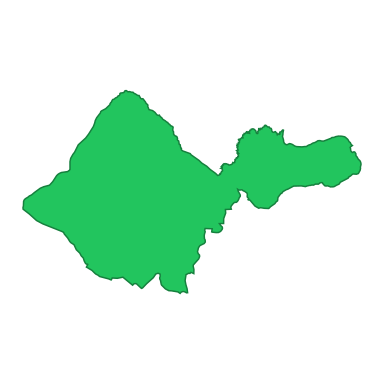 the district of Guachucal, Nariño, Colombia
{"feature_id": "7082276B62012861578772", "entity_name": "Guachucal", "entity_type": "district", "adm_level": 2, "iso_a3": "COL", "parent_name": "Colombia", "parent_adm1": "Nariño", "projection": "orthographic", "projection_center": [-77.704, 0.975], "detail": "fine", "context": "isolated", "style": "filled", "palette": "green", "viewbox_px": 384, "rotation_deg": 0, "n_neighbors": 0, "source": "geoboundaries", "source_scale": "gbopen_adm2", "svg_char_len": 6048}
<svg xmlns="http://www.w3.org/2000/svg" viewBox="0 0 384 384"><path d="M187.6,292.7L187.1,288.8L185.9,284.7L185.1,280.6L186.0,274.7L188.5,273.3L190.0,273.4L190.8,272.4L191.7,272.6L193.8,273.6L193.9,269.5L193.2,266.2L193.3,265.0L198.7,258.9L199.6,256.6L199.5,255.1L198.2,253.6L197.5,251.7L198.5,247.7L199.9,245.6L204.2,243.5L205.3,242.0L205.1,239.9L204.3,238.3L204.4,237.1L204.2,236.1L204.5,234.0L205.2,231.8L204.7,230.4L205.1,228.5L212.2,228.8L211.7,231.9L212.7,232.2L216.3,232.6L218.5,232.5L220.6,231.4L222.1,229.5L222.5,228.1L222.2,226.9L220.7,225.5L219.4,223.6L223.6,223.5L223.7,218.6L225.7,213.0L225.4,209.5L231.3,209.2L230.8,207.4L231.2,206.1L232.8,204.0L234.1,202.7L234.7,202.4L236.3,202.3L237.4,201.5L238.6,199.5L239.2,197.8L240.2,196.4L240.3,195.6L240.1,194.6L238.3,191.4L237.7,189.3L238.5,189.8L239.7,190.1L241.5,189.8L242.3,190.0L243.2,190.8L244.6,191.3L246.9,193.0L247.3,194.0L247.2,196.9L248.7,198.7L248.7,199.1L248.1,199.7L248.6,200.0L249.6,200.0L250.2,200.4L255.0,206.1L258.7,208.2L260.6,207.7L264.4,208.3L268.5,208.5L269.2,208.1L270.5,206.7L274.8,203.7L276.2,201.8L277.5,200.9L277.7,200.0L277.9,197.5L280.9,193.5L281.7,193.4L282.9,191.7L286.2,189.7L287.8,189.2L293.6,186.1L301.3,185.9L305.4,186.6L307.0,186.0L309.7,185.4L310.7,185.4L311.7,185.0L313.6,185.1L315.4,184.1L318.5,184.1L320.0,182.9L321.6,182.6L322.3,182.7L323.4,184.4L325.0,185.9L326.2,186.0L327.7,185.8L330.5,186.9L333.4,186.8L334.4,186.5L336.6,185.2L338.9,184.2L339.5,183.6L340.2,182.3L348.2,178.1L348.8,177.0L350.6,175.9L352.5,174.2L353.3,174.0L356.5,174.2L358.4,173.5L360.1,170.4L360.5,168.6L360.4,167.0L361.0,164.6L360.9,163.1L360.3,161.3L359.8,160.6L358.2,159.1L357.1,157.0L355.9,155.6L355.9,153.8L354.9,152.2L354.0,151.8L352.3,152.5L351.0,151.2L350.7,150.4L350.5,148.3L350.1,147.6L350.6,146.8L352.4,145.5L351.2,144.6L350.3,142.6L349.0,141.6L348.4,140.3L347.6,139.2L345.2,137.1L344.3,136.7L341.6,136.2L338.5,136.1L335.8,136.6L334.0,137.4L332.0,137.5L330.7,138.4L323.6,141.1L321.9,141.1L320.0,140.6L318.0,140.7L315.2,142.4L312.6,143.2L310.8,144.4L308.4,145.2L306.2,146.6L305.0,146.5L301.9,146.9L296.6,146.6L294.7,146.0L292.5,144.5L290.7,143.8L289.4,143.6L287.4,144.6L286.6,144.7L285.5,144.3L284.3,143.2L283.7,141.9L283.5,139.9L282.5,136.5L282.9,134.5L283.0,132.7L283.5,130.2L283.2,130.0L282.6,130.0L281.1,131.8L279.8,132.1L279.6,132.6L280.0,133.9L279.6,134.4L278.3,133.9L277.3,134.8L276.9,133.1L276.0,132.6L275.5,131.7L275.1,131.7L273.7,132.3L272.5,132.0L271.7,130.7L271.6,129.3L271.1,128.4L269.7,128.0L269.2,127.0L267.6,126.9L266.0,125.4L265.1,125.2L264.8,125.5L264.9,126.0L264.2,126.1L264.0,126.9L262.5,127.5L261.8,128.9L260.8,128.4L260.3,129.6L260.0,129.8L259.1,128.5L258.7,128.6L258.6,130.5L257.8,131.5L257.9,133.0L257.7,133.5L257.1,133.6L256.4,133.1L255.8,130.8L253.9,129.1L252.8,128.8L251.9,129.2L251.3,129.1L250.8,130.1L249.9,130.3L249.7,131.3L248.9,131.6L248.7,132.0L248.7,132.5L249.7,133.0L249.7,133.4L248.5,133.1L248.1,132.4L247.5,133.1L247.2,133.1L246.9,132.7L247.0,131.7L246.6,131.7L245.3,133.5L244.1,133.5L243.8,134.8L242.8,135.0L242.6,137.0L243.0,137.8L242.5,137.9L242.0,137.4L240.5,138.9L238.5,139.4L238.4,139.7L238.6,140.0L239.5,139.6L239.9,140.0L239.2,140.8L239.5,141.9L239.3,142.4L238.4,142.5L238.7,143.7L237.4,144.1L237.9,144.9L236.8,145.3L237.0,146.0L237.9,146.5L237.8,146.8L237.1,147.0L237.0,147.4L237.7,148.2L237.5,149.0L238.2,149.9L236.8,150.6L237.7,151.0L237.3,151.7L238.1,152.7L237.9,153.0L237.2,152.7L237.0,153.0L237.5,153.6L238.6,153.7L238.0,154.6L238.5,156.0L238.4,156.6L237.7,156.7L237.3,157.9L236.4,157.8L236.1,158.8L235.0,159.5L235.3,160.4L234.8,161.0L234.7,162.5L233.8,162.8L232.9,162.4L232.0,164.2L231.5,164.5L229.0,165.1L228.3,164.4L227.6,164.4L226.7,163.8L225.6,163.9L225.1,163.6L224.5,163.9L224.0,163.7L223.1,164.4L222.9,164.6L223.2,165.1L222.3,165.4L221.6,166.2L222.4,166.8L222.3,167.1L221.5,167.1L222.0,167.9L221.0,168.3L222.2,168.8L222.5,170.8L221.4,171.8L220.4,174.1L219.9,173.8L219.4,174.9L217.7,175.5L215.6,173.4L210.1,169.4L206.7,166.2L201.8,163.1L199.0,160.4L191.2,154.9L190.2,153.6L182.9,151.0L181.6,150.2L181.4,149.8L181.5,149.0L181.1,148.6L181.3,148.2L180.6,147.4L180.2,144.8L179.2,144.2L178.7,141.0L177.8,140.4L177.3,139.7L177.5,138.3L176.9,136.7L176.5,136.3L175.6,136.2L173.7,134.5L173.5,131.7L172.7,130.3L173.1,127.1L171.8,126.1L170.6,125.7L169.8,124.5L168.4,123.6L167.7,122.4L166.7,122.1L165.4,120.9L162.7,119.2L161.9,117.9L160.1,116.4L159.4,115.1L158.2,115.4L157.6,115.2L156.7,114.6L155.0,112.4L152.6,110.6L149.0,109.6L147.7,106.3L147.9,105.3L147.6,104.6L146.1,103.4L145.6,102.2L143.1,98.9L142.7,98.7L141.7,98.9L140.6,98.3L139.1,95.5L138.0,95.5L137.2,95.1L135.4,93.9L134.3,93.5L132.9,92.2L131.8,92.3L129.6,91.6L128.0,91.8L126.3,90.6L125.1,90.7L123.9,92.4L123.2,92.7L120.4,93.1L119.9,93.6L119.9,94.5L119.3,95.5L118.0,96.0L117.2,97.2L115.4,98.0L114.3,99.1L112.8,99.5L112.2,100.3L111.2,102.4L110.7,102.7L110.0,103.8L109.9,104.7L108.2,106.3L105.7,108.7L101.7,110.8L100.8,111.5L100.1,113.5L99.6,113.9L96.7,117.7L95.3,120.5L94.7,123.0L93.4,126.5L88.7,134.0L85.7,138.0L78.3,144.8L74.6,152.2L72.9,154.4L70.7,158.3L70.0,161.7L70.0,169.3L69.5,170.2L67.6,171.6L61.4,172.5L59.4,173.4L57.9,174.4L56.6,175.7L52.7,181.7L49.5,185.2L43.8,186.7L40.3,188.2L34.3,192.6L31.6,194.9L29.3,196.0L27.9,197.2L25.4,198.7L24.3,199.8L23.6,201.3L23.4,206.0L23.0,207.5L23.1,209.2L29.2,213.9L36.5,220.5L42.9,223.9L62.0,231.5L63.6,232.4L64.3,234.0L67.7,238.0L69.8,241.5L70.9,242.7L74.0,244.7L76.3,249.7L79.8,253.1L81.2,255.8L83.3,258.0L84.2,260.9L85.5,263.4L86.4,264.1L87.7,264.2L87.8,264.4L86.4,267.1L92.0,270.4L94.9,273.3L96.0,274.2L97.9,275.1L99.6,276.5L108.7,278.9L110.7,279.8L111.3,279.9L112.2,278.0L117.3,278.3L122.9,277.2L132.6,285.2L134.1,283.7L136.1,283.6L136.5,283.8L141.1,288.1L141.7,288.4L142.7,287.8L146.6,283.7L153.3,277.7L155.8,274.0L157.8,273.3L158.6,273.4L160.1,274.1L160.2,276.2L159.7,277.9L159.8,279.0L160.5,280.5L161.2,284.2L161.6,285.1L165.4,288.9L168.9,290.7L171.4,290.8L177.9,291.9L180.1,293.4L181.2,292.1L182.9,291.5L184.1,291.6L185.7,292.3L186.4,292.8L187.6,292.7Z" fill="#22c55e" stroke="#15803d" stroke-width="1.5"/></svg>